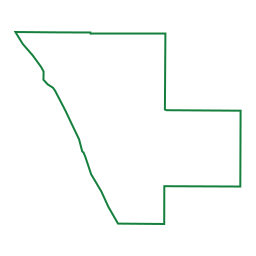 outline of Sarasota, Florida, United States of America
{"feature_id": "52423323B35059140048006", "entity_name": "Sarasota", "entity_type": "district", "adm_level": 2, "iso_a3": "USA", "parent_name": "United States of America", "parent_adm1": "Florida", "projection": "mercator", "projection_center": [-82.437, 27.168], "detail": "fine", "context": "isolated", "style": "outline", "palette": "green", "viewbox_px": 256, "rotation_deg": 0, "n_neighbors": 0, "source": "geoboundaries", "source_scale": "gbopen_adm2", "svg_char_len": 568}
<svg xmlns="http://www.w3.org/2000/svg" viewBox="0 0 256 256"><path d="M240.6,110.7L166.4,110.2L164.9,109.5L165.4,33.5L94.7,33.5L91.5,33.6L91.0,33.6L90.6,33.6L90.5,32.5L89.8,32.5L61.7,32.4L58.1,32.4L53.5,32.3L53.2,32.3L47.4,32.3L15.4,32.0L22.7,43.9L32.7,55.4L41.0,66.8L43.6,71.5L43.5,77.2L43.4,79.7L47.6,84.3L52.9,87.7L55.0,90.6L65.4,110.6L65.5,110.8L71.1,122.7L79.1,139.4L82.2,151.4L83.6,152.6L85.5,157.3L91.1,174.2L101.3,191.4L108.4,206.9L118.0,223.6L164.2,224.0L164.3,186.2L233.9,186.5L240.3,186.5L240.6,110.7Z" fill="none" stroke="#15803d" stroke-width="2"/></svg>